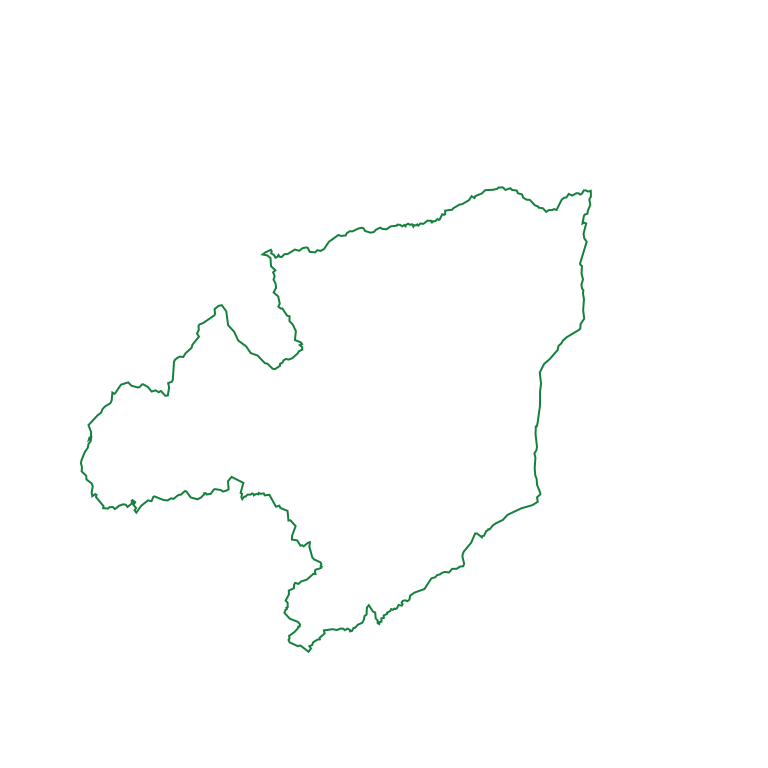 outline of Wonosobo, Jawa Tengah, Indonesia, rotated 43°
{"feature_id": "22746128B92173297199140", "entity_name": "Wonosobo", "entity_type": "district", "adm_level": 2, "iso_a3": "IDN", "parent_name": "Indonesia", "parent_adm1": "Jawa Tengah", "projection": "natural_earth1", "projection_center": [109.905, -7.4], "detail": "fine", "context": "isolated", "style": "outline", "palette": "green", "viewbox_px": 768, "rotation_deg": 43, "n_neighbors": 0, "source": "geoboundaries", "source_scale": "gbopen_adm2", "svg_char_len": 6165}
<svg xmlns="http://www.w3.org/2000/svg" viewBox="0 0 768 768"><g transform="rotate(43 384 384)"><path d="M208.4,466.4L208.8,468.1L211.7,470.8L212.8,474.6L216.4,475.6L217.1,485.9L218.6,488.9L217.9,497.1L218.8,501.1L216.1,503.1L215.1,505.6L214.6,509.0L215.3,511.0L226.8,525.1L227.2,527.3L225.5,530.5L229.2,533.1L233.7,539.8L232.1,541.8L225.7,541.2L224.8,543.7L221.2,544.5L219.2,548.0L213.2,547.2L208.3,548.4L207.4,549.1L207.3,553.2L206.2,554.5L200.5,557.5L195.8,557.3L192.1,563.9L193.7,574.0L193.4,575.2L191.2,575.5L196.0,581.7L197.0,584.8L195.2,590.8L195.3,594.6L196.7,597.8L195.9,602.2L195.9,615.6L202.7,619.0L205.6,622.3L205.2,624.2L206.2,626.2L206.8,623.4L208.5,626.0L208.7,629.2L210.9,632.9L211.5,637.4L214.7,646.0L216.5,648.7L219.9,650.9L222.5,654.1L228.7,654.2L231.5,656.7L237.9,656.1L240.8,657.5L244.3,662.9L247.2,665.0L247.8,661.6L249.3,661.1L250.4,663.1L262.2,664.6L263.3,666.3L267.1,663.3L267.3,661.3L269.6,658.9L272.5,659.0L273.3,653.6L275.4,649.7L277.6,648.4L280.3,648.8L281.1,643.1L279.1,641.4L279.2,640.5L281.8,640.2L281.2,641.6L282.8,640.9L283.1,643.3L287.3,643.7L287.7,646.5L290.6,647.0L289.5,638.7L290.7,630.2L293.9,628.2L292.3,623.9L292.7,622.8L301.9,619.2L305.1,616.8L306.3,612.8L308.4,611.6L309.3,605.4L310.9,603.5L311.4,598.1L312.6,597.4L320.0,598.8L326.2,595.5L327.6,591.9L327.7,587.6L327.0,586.5L328.0,585.5L329.5,585.9L332.2,582.5L331.5,577.5L332.0,576.2L336.9,572.9L339.5,572.5L341.4,569.6L342.2,567.0L336.2,561.5L335.9,555.9L348.6,552.2L353.4,561.4L355.1,561.1L356.7,563.9L358.9,564.9L358.6,561.6L359.6,560.7L359.6,558.0L361.9,555.8L362.1,554.0L363.7,553.5L364.7,554.2L365.5,551.6L367.3,550.4L366.7,549.1L368.5,548.6L370.7,546.0L372.7,546.8L375.7,543.2L388.7,547.4L390.4,544.4L392.9,545.3L400.0,542.6L407.2,549.0L408.6,547.5L416.3,548.2L420.3,557.7L422.7,560.6L427.1,557.6L433.2,559.2L434.1,557.7L436.0,557.5L436.6,552.2L437.7,550.3L440.4,553.9L449.8,559.7L452.5,560.0L459.3,557.7L461.3,558.7L461.6,560.2L463.1,560.1L463.4,561.6L460.6,566.5L461.2,568.2L463.5,569.7L461.8,571.1L461.0,579.7L458.1,584.8L457.8,588.5L454.7,590.0L455.0,591.9L457.4,594.8L455.3,600.0L458.0,602.8L459.8,609.5L462.7,609.7L465.7,612.8L465.2,614.2L466.4,614.7L466.0,616.5L467.3,619.3L475.2,619.9L483.2,616.7L486.6,617.1L487.7,618.9L486.8,619.9L487.6,621.2L487.7,626.1L486.4,633.0L488.4,634.4L488.7,636.3L491.3,637.3L499.8,634.5L500.8,632.6L502.4,632.1L511.4,631.3L511.0,627.2L508.2,626.7L509.5,623.9L508.3,621.3L509.6,616.5L511.2,614.5L510.0,613.6L510.7,606.9L508.1,605.2L513.7,598.3L517.2,596.2L519.1,592.4L521.2,590.7L523.2,590.8L524.2,587.7L526.9,587.1L527.9,588.0L529.0,586.5L528.1,583.4L529.0,582.4L529.1,577.8L530.9,573.4L529.9,569.8L528.0,567.1L528.5,564.5L523.9,559.1L523.8,556.1L531.1,558.0L533.4,557.1L537.8,561.1L540.6,561.3L542.5,563.2L544.2,562.8L543.1,561.2L544.2,559.5L541.9,557.1L543.4,555.2L541.6,553.5L543.1,550.0L542.2,549.0L543.4,545.8L542.7,543.7L544.5,543.1L544.8,541.1L545.8,540.9L546.4,539.1L545.4,535.7L548.2,533.9L547.8,532.4L546.0,531.9L545.6,529.9L546.9,527.8L549.2,526.9L549.7,524.4L547.5,520.9L548.5,515.9L553.4,506.3L551.2,493.8L553.3,490.4L553.2,487.4L554.8,485.1L555.1,482.7L556.7,479.9L560.1,477.5L559.9,472.7L563.2,469.6L564.1,465.7L566.2,463.3L565.2,460.8L559.1,456.8L557.6,454.7L556.6,451.9L556.0,440.6L552.6,431.2L553.9,429.9L560.1,429.4L559.5,428.4L560.6,426.9L559.0,421.6L559.7,420.4L559.3,419.1L560.4,418.3L560.0,413.2L560.8,409.7L563.6,402.4L563.6,395.3L569.3,381.1L575.1,371.5L576.8,365.3L573.2,362.5L573.6,358.1L572.6,357.1L564.6,353.3L560.5,349.4L556.9,347.6L551.6,342.8L545.0,334.6L541.3,332.2L540.6,328.4L538.7,325.6L528.9,317.2L524.0,311.5L524.6,310.8L523.2,308.2L512.9,293.5L502.9,282.6L498.7,276.7L490.1,269.4L487.4,260.1L488.2,252.9L487.8,240.8L485.6,237.0L486.0,233.6L485.2,230.1L485.7,225.1L489.8,211.2L489.7,209.4L486.9,206.2L485.9,199.7L479.2,194.1L472.6,185.8L467.9,182.2L465.9,179.5L463.5,179.0L460.6,176.7L458.3,171.9L453.0,168.4L448.4,162.7L446.1,162.9L445.2,162.1L435.2,141.7L431.2,140.9L427.5,138.1L422.4,128.7L420.4,129.5L419.7,131.3L415.5,124.6L415.3,123.1L416.6,120.7L414.8,118.1L412.8,112.4L408.4,109.1L407.4,105.7L403.5,101.7L402.0,104.1L399.2,104.9L398.1,106.3L398.9,109.6L398.4,111.6L396.5,111.7L394.6,113.2L393.3,117.7L389.5,119.0L390.2,123.2L388.7,124.9L388.2,127.9L391.5,139.0L389.0,140.2L388.4,142.2L386.0,144.3L385.2,147.5L380.4,147.1L376.8,149.6L375.5,149.1L372.4,150.4L365.1,149.9L362.5,152.0L358.7,152.8L355.6,151.2L351.9,153.2L349.1,152.0L345.2,154.8L342.9,154.6L340.5,159.2L336.8,159.2L333.7,162.3L333.7,164.0L331.2,167.7L325.8,173.3L325.6,177.9L322.6,184.3L323.3,186.3L320.0,186.9L320.8,191.5L318.5,199.2L316.8,201.4L314.8,208.3L315.0,210.0L310.5,215.5L312.9,218.1L312.7,219.2L310.8,220.1L312.5,225.5L312.2,226.6L310.6,226.9L310.5,229.7L309.1,231.5L309.1,232.9L308.6,233.4L307.5,232.3L304.4,234.9L303.6,240.0L301.2,241.8L301.0,244.8L299.5,244.6L299.2,246.3L297.6,247.3L298.1,248.9L295.6,248.0L294.4,249.9L292.3,250.3L291.6,252.7L292.2,254.0L290.3,253.9L289.8,256.3L287.3,256.6L285.1,258.3L285.5,259.3L281.4,264.1L280.2,269.3L276.6,271.9L274.6,272.2L272.9,276.7L272.9,279.8L270.9,282.6L265.7,285.0L262.9,284.1L261.1,284.9L259.2,287.8L256.9,293.8L254.8,295.6L253.9,299.4L254.7,301.5L251.7,304.9L249.0,306.2L246.7,317.6L248.1,326.1L246.9,329.9L244.0,331.6L243.9,334.7L239.5,338.0L235.4,336.4L234.0,337.1L231.8,340.2L231.1,344.4L227.1,346.5L224.9,354.7L222.7,356.9L222.5,361.0L221.0,362.0L218.8,361.6L219.4,363.6L218.5,365.7L215.6,364.7L212.4,365.4L211.3,363.5L209.7,363.0L207.3,369.2L206.9,372.1L211.0,369.5L215.1,369.3L221.0,374.9L227.0,374.9L226.7,378.0L230.5,379.7L232.0,383.0L236.2,384.5L239.5,387.3L240.8,392.3L246.9,392.1L252.9,396.3L254.0,399.5L256.9,399.3L258.1,398.1L266.6,400.1L268.8,398.9L272.0,402.5L276.5,402.7L283.5,405.4L288.9,412.6L294.6,410.3L296.8,410.6L295.9,413.0L298.9,412.7L300.8,414.6L299.4,418.4L300.0,420.3L299.4,427.6L297.6,431.2L295.2,432.6L294.4,435.2L295.2,437.6L294.2,440.1L295.5,441.7L294.1,447.5L292.1,448.8L285.1,448.6L282.5,450.0L272.1,449.4L265.5,452.3L257.5,450.5L247.6,451.6L238.8,448.0L229.9,447.3L219.0,438.4L211.6,437.0L209.8,439.6L209.0,444.7L212.6,448.0L213.1,449.5L210.2,462.6L208.4,466.4Z" fill="none" stroke="#15803d" stroke-width="2"/></g></svg>